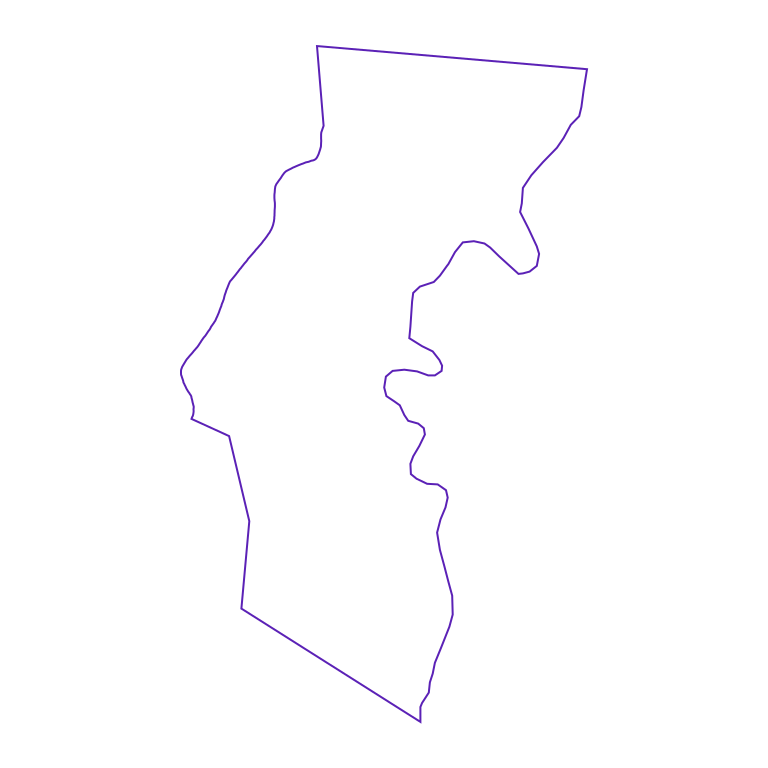 Dupre, Choiseul, Saint Lucia (Albers equal-area conic projection)
{"feature_id": "8701671B17247241487473", "entity_name": "Dupre", "entity_type": "district", "adm_level": 2, "iso_a3": "LCA", "parent_name": "Saint Lucia", "parent_adm1": "Choiseul", "projection": "albers", "projection_center": [-61.03, 13.794], "detail": "fine", "context": "isolated", "style": "outline", "palette": "violet", "viewbox_px": 768, "rotation_deg": 0, "n_neighbors": 0, "source": "geoboundaries", "source_scale": "gbopen_adm2", "svg_char_len": 3938}
<svg xmlns="http://www.w3.org/2000/svg" viewBox="0 0 768 768"><path d="M587.0,69.2L318.7,46.2L317.0,46.1L323.6,125.8L321.3,132.4L321.1,134.4L321.1,135.9L321.1,137.1L321.1,138.8L321.2,140.2L321.2,141.4L321.1,142.7L321.0,145.3L320.9,146.8L320.5,148.1L320.1,149.6L319.6,151.1L319.1,152.6L318.6,154.1L318.0,155.4L317.3,156.8L316.6,158.0L315.6,159.1L314.4,159.9L313.1,160.4L311.4,160.7L310.1,161.2L308.6,161.8L307.1,162.1L305.8,162.4L304.3,163.0L302.9,163.6L301.6,164.0L300.1,164.6L298.6,165.2L297.2,165.8L295.8,166.4L294.5,167.0L293.2,167.5L291.9,168.2L290.6,168.9L289.1,169.6L287.8,170.3L286.1,171.2L285.1,172.1L284.2,173.0L283.4,174.1L282.5,175.3L281.7,176.5L281.0,177.7L280.2,178.8L278.7,180.8L277.4,182.7L276.5,183.9L275.9,185.1L275.3,186.5L275.1,188.0L274.9,189.3L274.8,190.8L274.7,192.4L274.5,193.8L274.4,195.1L274.4,196.5L274.4,198.0L274.5,199.4L274.6,200.8L274.8,202.1L274.9,203.6L274.9,205.0L274.9,206.4L274.8,208.0L274.7,209.3L274.6,210.6L274.6,212.0L274.5,214.3L274.5,215.7L274.3,217.1L274.3,218.5L274.1,220.0L273.9,221.5L273.5,223.0L273.2,224.4L272.8,225.7L272.2,227.3L271.7,228.5L271.1,229.8L270.3,231.1L269.6,232.5L268.6,233.8L267.7,235.1L267.0,236.2L266.1,237.4L265.2,238.6L264.3,239.8L263.3,240.9L262.5,242.1L261.5,243.4L260.6,244.5L259.4,245.8L258.4,247.0L257.2,248.4L256.2,249.4L255.4,250.4L254.5,251.6L253.4,252.8L252.4,254.0L251.3,255.2L250.1,256.6L249.1,257.7L248.1,258.8L247.3,260.1L246.3,261.4L245.6,262.2L244.5,263.4L243.4,264.8L242.8,265.6L241.8,266.8L240.8,268.2L240.0,269.0L239.4,269.8L238.6,270.9L237.7,272.1L236.8,273.2L236.0,274.3L235.1,275.4L234.2,276.5L233.2,277.7L232.2,278.9L231.2,280.1L230.1,281.3L229.5,282.5L228.9,283.9L228.3,285.4L227.8,286.7L227.3,288.0L226.7,289.4L226.2,290.7L225.8,292.1L225.3,293.5L224.8,294.9L224.4,296.4L224.1,297.7L223.8,299.1L223.2,300.7L222.7,302.1L222.1,303.4L221.6,304.8L221.3,306.1L220.7,307.5L220.2,308.8L219.7,310.1L219.1,311.9L218.4,313.7L217.8,315.0L217.2,316.5L216.5,317.9L215.9,319.3L215.3,320.7L214.5,321.8L213.7,323.1L212.9,324.2L212.0,325.5L211.1,326.7L210.4,328.2L209.6,329.6L208.7,330.7L207.8,332.0L206.9,333.4L206.1,334.6L205.2,335.9L204.1,337.1L203.1,338.4L202.3,339.6L201.5,340.7L200.6,342.2L199.7,343.5L198.9,344.8L198.0,346.1L197.1,347.3L196.0,348.5L195.1,349.6L193.9,350.9L192.9,352.2L191.9,353.4L191.0,354.4L189.8,355.7L188.9,356.8L187.9,358.0L187.0,359.0L186.2,360.1L185.5,361.3L184.7,362.6L183.8,364.1L182.9,365.6L182.1,367.0L181.7,368.2L181.2,369.5L181.0,370.8L181.0,372.1L181.0,373.4L181.1,374.9L181.5,375.8L181.9,377.1L182.3,378.3L182.8,379.7L183.2,381.0L183.5,382.6L184.2,383.8L184.7,385.0L185.5,386.5L186.1,387.9L186.7,389.1L187.5,390.4L188.2,391.6L189.2,392.9L189.9,394.1L190.7,395.2L191.3,396.4L191.5,397.8L192.0,399.5L192.3,400.8L192.6,402.4L193.0,403.8L193.3,405.1L193.7,406.4L193.7,407.9L193.5,409.1L193.6,410.4L193.6,411.8L193.4,413.2L193.2,414.5L192.8,415.9L192.0,417.4L191.5,418.9L229.1,436.1L249.3,521.2L241.4,608.6L420.4,721.9L420.4,719.6L420.4,707.0L422.1,702.9L428.8,692.6L429.9,682.3L432.7,673.7L434.9,662.8L441.0,647.9L449.4,626.7L452.7,614.6L452.2,595.7L448.3,581.4L444.4,566.4L439.9,549.8L437.1,532.6L440.5,519.4L445.5,507.4L447.7,497.6L446.0,490.2L437.7,484.4L427.1,483.8L416.5,478.7L410.9,474.1L410.4,463.8L413.2,456.3L419.3,446.0L424.9,434.5L423.8,428.2L418.2,423.6L408.2,420.8L404.3,415.0L399.8,405.3L394.2,401.3L386.4,396.1L384.2,387.5L385.9,376.6L392.6,370.9L404.3,369.7L417.1,371.4L428.2,375.4L434.9,375.4L441.6,370.9L442.1,365.7L439.4,360.0L432.7,351.4L422.1,346.2L409.3,338.2L410.4,326.7L412.1,301.5L413.2,292.9L419.9,286.6L433.8,282.0L439.9,275.7L447.1,265.7L448.3,264.2L455.0,252.1L462.8,242.4L473.9,241.2L484.5,243.5L490.1,247.5L499.0,256.2L518.5,273.9L522.9,273.4L529.6,271.6L536.8,265.9L539.1,253.9L536.8,246.4L528.5,228.6L520.1,212.0L521.8,203.4L522.9,187.9L531.3,175.3L543.0,162.1L556.9,147.8L563.6,138.0L570.8,124.8L579.2,116.2L581.4,107.0L583.6,90.4L587.0,69.2Z" fill="none" stroke="#5b21b6" stroke-width="2"/></svg>